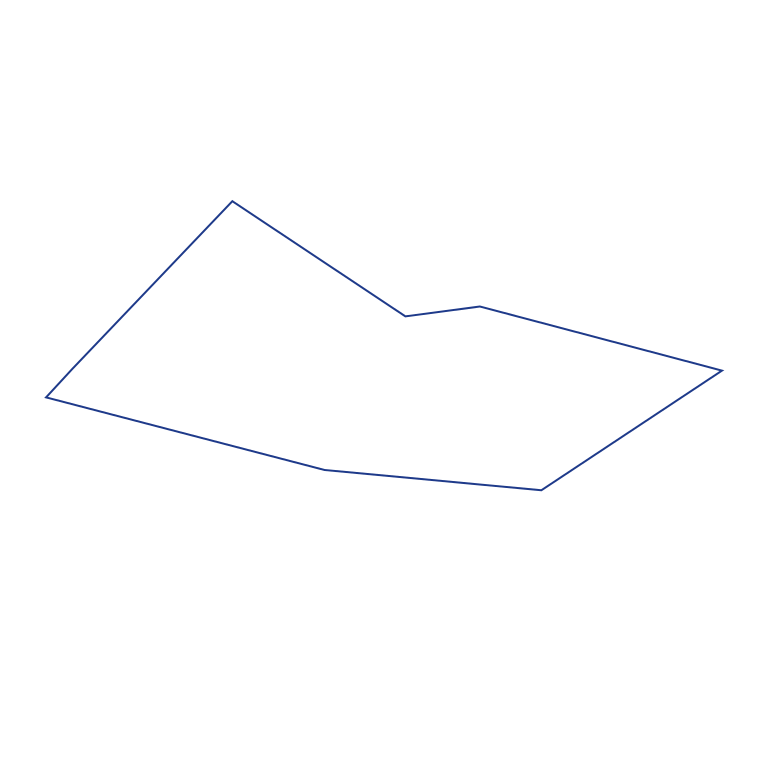 an SVG outline of Au Cap, rotated 291°
{"feature_id": "SYC-5201", "entity_name": "Au Cap", "entity_type": "state/province", "adm_level": 1, "iso_a3": "SYC", "parent_name": "Seychelles", "parent_adm1": "", "projection": "robinson", "projection_center": [55.515, -4.708], "detail": "fine", "context": "isolated", "style": "outline", "palette": "blue", "viewbox_px": 768, "rotation_deg": 291, "n_neighbors": 0, "source": "natural_earth", "source_scale": "10m", "svg_char_len": 284}
<svg xmlns="http://www.w3.org/2000/svg" viewBox="0 0 768 768"><g transform="rotate(291 384 384)"><path d="M500.3,176.9L454.8,379.7L490.7,445.7L517.6,694.7L341.2,569.0L324.7,510.2L282.4,359.3L250.4,73.3L286.6,87.7L500.3,176.9Z" fill="none" stroke="#1e3a8a" stroke-width="2"/></g></svg>